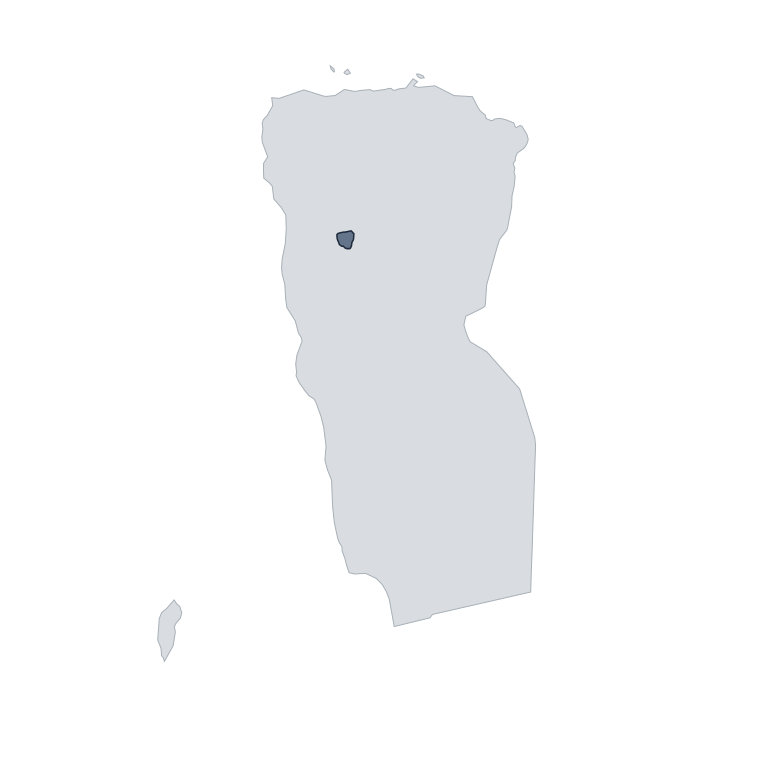 location of Markhah Al Olya, Shabwah, Yemen, rotated 100°
{"feature_id": "15242507B22375918016424", "entity_name": "Markhah Al Olya", "entity_type": "district", "adm_level": 2, "iso_a3": "YEM", "parent_name": "Yemen", "parent_adm1": "Shabwah", "projection": "mercator", "projection_center": [45.924, 14.502], "detail": "fine", "context": "in_parent", "style": "filled", "palette": "slate", "viewbox_px": 768, "rotation_deg": 100, "n_neighbors": 0, "source": "geoboundaries", "source_scale": "gbopen_adm2", "svg_char_len": 4489}
<svg xmlns="http://www.w3.org/2000/svg" viewBox="0 0 768 768"><g transform="rotate(100 384 384)"><path d="M621.1,331.8L594.9,341.5L587.9,345.7L581.7,351.0L576.9,357.7L573.7,369.3L576.2,379.9L575.9,385.6L569.1,389.3L562.8,392.1L555.8,396.2L551.5,397.2L548.0,400.5L544.0,402.8L529.3,408.8L513.3,413.4L487.9,418.9L478.1,424.9L469.2,429.0L455.6,430.2L437.0,435.9L426.7,440.5L413.8,447.9L411.0,450.2L408.7,455.7L404.7,460.4L397.0,468.1L391.2,472.0L387.3,472.2L379.8,474.4L370.9,474.8L355.9,472.1L352.0,474.0L348.9,477.0L337.3,482.3L325.6,492.9L317.0,495.7L303.1,499.0L293.4,503.4L286.9,505.1L278.4,506.0L262.9,505.6L248.1,507.2L234.5,510.1L228.1,515.8L220.8,524.7L208.8,528.3L206.0,531.5L202.3,538.1L194.5,539.8L187.5,540.9L180.4,538.0L166.9,545.9L161.8,547.2L154.0,547.5L148.5,549.2L144.6,548.7L139.7,545.6L129.2,541.9L121.6,544.3L120.9,536.8L108.3,514.0L110.9,494.0L110.9,491.2L108.4,482.3L100.8,474.1L101.0,463.8L98.5,456.4L96.5,448.8L97.2,446.8L97.3,444.9L93.4,433.2L92.1,430.8L91.7,428.3L92.9,426.5L92.9,424.3L90.8,420.7L88.7,413.8L78.4,408.4L80.5,403.4L82.5,405.1L85.2,406.6L85.7,403.4L85.8,400.9L81.5,385.6L87.8,365.2L85.7,346.8L95.5,339.4L97.9,337.1L99.3,335.1L101.6,330.9L104.8,329.6L105.9,325.1L105.8,322.9L103.8,321.0L102.2,315.8L102.7,309.3L103.3,306.5L104.3,301.5L107.7,299.6L108.5,298.2L105.9,295.0L106.1,293.1L111.9,287.8L114.2,286.2L117.9,284.5L120.9,284.6L124.2,285.5L127.3,287.0L130.2,289.7L133.3,292.8L138.0,293.9L141.3,293.6L143.9,295.0L146.1,294.2L148.7,292.6L152.7,292.8L156.3,291.0L166.7,290.1L176.7,290.6L187.1,289.1L197.5,289.3L208.0,289.4L210.3,289.6L212.6,290.5L221.4,295.2L228.1,296.2L241.6,297.5L256.0,298.9L268.5,300.1L279.0,299.0L287.8,298.0L290.2,298.2L292.8,301.1L298.1,308.4L303.1,315.2L311.8,315.6L317.4,313.0L323.6,309.4L327.4,306.6L331.7,295.4L334.5,288.2L341.0,280.1L346.4,273.3L353.6,264.3L357.5,259.4L365.4,249.5L372.8,245.7L387.3,238.2L401.4,231.0L410.6,226.2L418.5,224.0L431.6,222.2L447.1,220.0L462.5,217.8L479.0,215.4L497.4,212.8L509.9,211.0L526.0,208.7L539.4,206.9L551.2,205.2L563.4,203.4L565.7,208.9L568.0,214.4L570.3,219.9L572.6,225.4L575.0,230.9L577.3,236.4L579.6,241.8L581.9,247.3L584.2,252.8L586.5,258.2L588.8,263.7L591.1,269.2L593.4,274.6L595.7,280.1L598.0,285.5L600.3,291.0L602.5,296.3L606.3,298.1L608.5,303.1L611.6,310.3L614.8,317.5L617.9,324.6L621.1,331.8ZM656.4,547.6L659.6,548.3L664.5,546.4L678.4,546.2L695.3,552.1L692.1,553.7L690.2,555.8L682.8,557.8L675.4,562.4L654.1,564.6L647.8,563.3L642.6,558.9L633.1,553.2L636.9,549.5L637.7,547.8L639.1,546.2L644.5,543.4L649.9,543.9L656.4,547.6ZM85.1,476.3L84.4,477.4L83.5,477.1L80.3,474.3L83.8,471.1L85.7,474.1L85.1,476.3ZM74.9,404.6L73.2,405.8L72.7,403.7L73.8,399.0L75.5,397.6L76.6,401.1L75.9,403.0L74.9,404.6ZM83.5,490.6L80.0,492.2L82.4,488.0L84.8,487.1L85.5,487.3L83.5,490.6Z" fill="#d9dde1" stroke="#a8b0b8" stroke-width="1"/><path d="M244.6,456.1L244.8,456.2L245.1,456.3L245.3,456.3L245.5,456.2L245.8,456.2L246.0,456.1L246.3,456.0L246.5,456.0L246.8,455.9L247.0,455.9L249.1,455.3L250.4,454.6L251.4,453.9L252.9,453.0L253.8,452.5L254.4,452.1L254.6,451.9L254.7,451.7L254.8,451.5L254.8,451.3L254.9,451.1L255.0,451.0L255.1,450.7L255.3,450.4L255.4,450.2L255.5,450.0L255.6,449.8L255.6,449.6L255.7,449.4L255.7,449.2L255.6,448.8L255.3,448.2L255.4,447.9L256.1,447.0L256.8,446.0L256.8,445.8L256.9,445.6L257.0,445.3L257.0,445.2L257.1,444.9L257.1,444.7L257.1,444.3L257.1,444.1L257.2,443.9L257.0,443.7L256.9,443.7L257.0,443.0L257.0,442.8L257.0,442.6L257.0,442.4L256.9,442.2L256.7,442.1L256.6,441.8L256.7,441.6L256.7,441.4L256.7,441.2L256.4,440.9L256.2,440.8L256.0,440.7L255.8,440.7L255.7,440.6L255.4,440.5L255.3,440.4L255.0,440.3L254.8,440.3L254.6,440.3L254.4,440.2L254.2,440.2L253.8,440.1L253.6,440.0L253.4,440.0L253.2,440.1L252.9,440.1L252.7,440.1L252.4,440.1L252.0,440.1L251.8,440.1L251.6,440.1L251.1,440.1L250.6,440.2L249.0,439.8L247.7,439.3L246.0,439.2L241.1,439.8L240.9,440.1L240.7,440.5L240.5,440.9L240.2,441.2L239.9,441.5L239.6,441.9L239.4,442.3L239.1,442.6L238.9,443.0L239.0,443.4L239.1,443.6L239.2,443.9L239.3,444.1L239.4,444.3L239.5,444.5L239.6,444.9L239.7,445.1L239.8,445.3L239.9,445.5L240.0,445.7L240.1,445.9L240.2,446.1L240.2,446.3L240.3,446.5L240.5,446.9L240.5,447.1L240.6,447.3L240.7,447.6L240.8,447.6L240.9,447.8L241.0,448.1L241.0,448.3L241.1,448.5L241.2,448.9L241.2,449.1L241.3,449.3L241.3,449.5L241.4,449.9L241.4,450.1L242.4,452.7L242.5,452.9L242.8,453.5L243.2,454.5L243.8,455.5L244.0,455.7L244.2,455.8L244.3,455.9L244.6,456.1Z" fill="#64748b" stroke="#1e293b" stroke-width="1.5"/></g></svg>